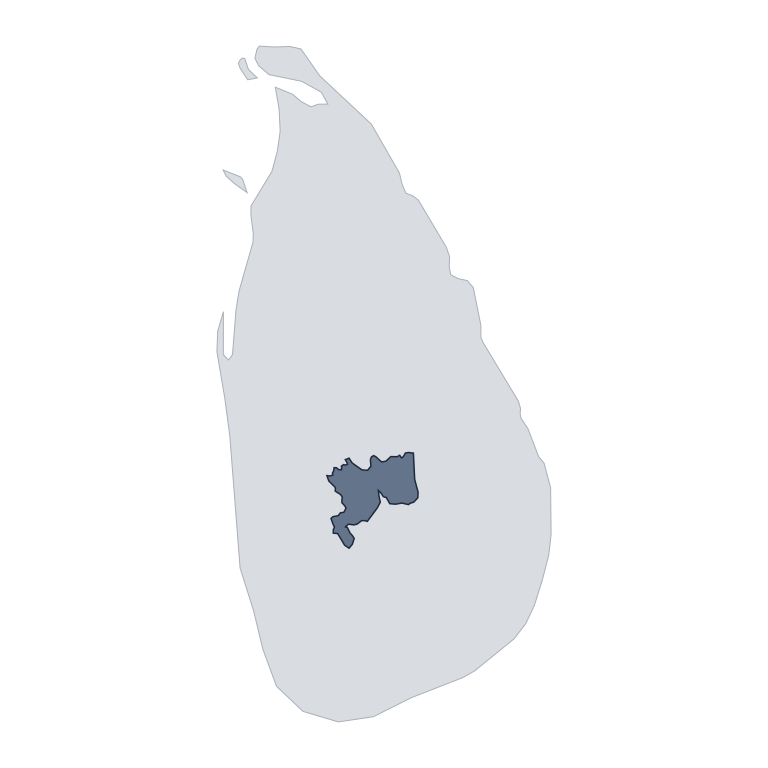 where Mahanuvara sits in Sri Lanka
{"feature_id": "LKA-2448", "entity_name": "Mahanuvara", "entity_type": "District", "adm_level": 1, "iso_a3": "LKA", "parent_name": "Sri Lanka", "parent_adm1": "", "projection": "robinson", "projection_center": [80.641, 7.216], "detail": "fine", "context": "in_parent", "style": "filled", "palette": "slate", "viewbox_px": 768, "rotation_deg": 0, "n_neighbors": 0, "source": "natural_earth", "source_scale": "10m", "svg_char_len": 2405}
<svg xmlns="http://www.w3.org/2000/svg" viewBox="0 0 768 768"><path d="M259.3,46.1L274.1,47.0L289.8,46.5L300.9,48.9L319.8,75.9L371.4,124.2L399.5,173.2L402.0,184.0L405.9,193.2L412.7,195.8L418.3,200.0L446.4,247.4L449.6,256.8L449.2,267.1L450.8,274.8L458.2,278.6L467.3,280.6L473.3,287.7L480.9,325.5L480.9,337.3L483.0,342.4L518.4,401.2L520.5,408.4L520.1,413.8L521.1,418.4L528.0,428.8L538.7,456.8L544.1,463.2L550.6,487.7L551.1,534.5L548.7,555.4L542.1,580.8L534.3,605.6L525.8,623.5L514.2,638.7L474.6,670.9L463.2,677.4L411.5,697.6L373.4,716.7L338.2,721.9L303.0,711.4L276.5,686.3L262.9,649.3L253.6,610.8L240.1,568.0L229.8,435.8L224.9,398.8L216.9,351.7L217.7,331.3L223.4,311.7L223.3,354.6L228.6,360.0L232.5,354.4L236.0,310.0L239.0,291.2L253.0,242.2L253.3,233.5L250.9,215.1L251.0,205.9L271.9,171.5L277.3,151.5L280.2,131.1L279.1,109.0L275.3,87.2L292.2,94.1L301.4,101.7L310.9,106.8L318.6,104.2L327.9,104.1L321.3,92.2L301.6,81.3L269.0,74.6L258.8,65.9L254.9,58.4L256.9,49.6L259.3,46.1ZM242.7,179.4L247.1,192.6L234.4,183.6L226.1,176.0L223.1,170.0L240.4,176.8L242.7,179.4ZM257.3,77.9L247.7,79.8L240.1,68.2L238.3,63.2L240.3,59.8L242.4,58.0L244.8,58.6L248.4,69.4L257.3,77.9Z" fill="#d9dde1" stroke="#a8b0b8" stroke-width="1"/><path d="M333.3,533.2L333.3,529.7L334.5,527.0L333.3,524.8L331.0,518.5L332.8,516.7L338.1,515.7L340.5,512.7L342.2,512.6L343.9,512.2L345.1,510.0L346.0,507.7L344.2,505.2L341.9,502.7L341.9,500.1L342.3,497.0L340.4,494.4L336.5,492.0L335.2,491.0L335.4,487.6L328.8,481.0L326.9,475.6L330.1,476.0L332.8,475.1L332.6,474.3L332.5,473.2L333.0,472.1L333.6,471.2L334.1,467.7L336.4,467.7L338.7,469.6L341.4,469.8L341.6,468.0L341.4,466.1L343.6,464.6L345.8,465.1L347.5,464.2L346.6,461.8L345.3,459.6L347.1,459.0L349.0,458.1L352.2,463.0L362.0,469.9L367.6,470.3L370.9,466.2L370.4,459.8L371.3,457.1L373.5,455.6L375.7,456.6L381.5,461.9L385.9,461.2L390.8,456.6L397.1,456.7L399.7,455.3L401.5,457.9L402.7,457.2L403.6,456.2L405.4,453.0L408.5,452.5L413.4,453.1L414.7,479.5L418.1,492.2L417.8,497.8L413.7,502.2L410.4,503.2L408.4,504.6L402.0,503.1L395.4,504.2L389.8,503.7L386.2,497.4L384.9,497.2L383.3,496.6L381.1,493.2L378.4,490.5L378.9,495.6L380.3,502.2L377.2,508.1L367.3,521.4L364.6,520.6L361.6,520.7L357.1,524.1L354.0,524.9L348.4,524.2L344.9,527.3L346.2,526.9L347.4,527.5L350.1,533.1L352.4,535.6L354.2,538.4L352.4,544.2L349.1,548.2L344.6,545.2L337.7,533.6L333.3,533.2Z" fill="#64748b" stroke="#1e293b" stroke-width="1.5"/></svg>